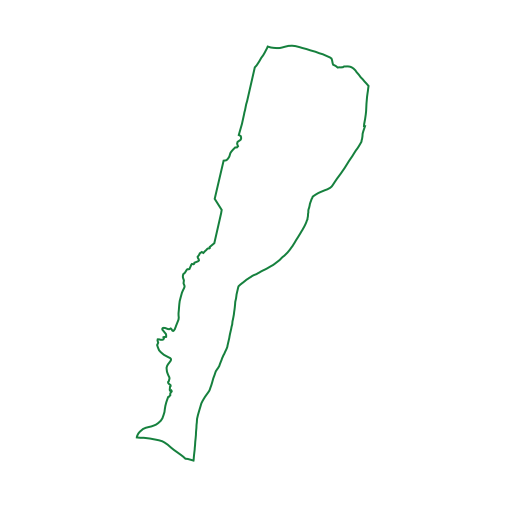 the district of Leuk Daek, Kândal, Cambodia, rotated 13°
{"feature_id": "14789045B16500497794809", "entity_name": "Leuk Daek", "entity_type": "district", "adm_level": 2, "iso_a3": "KHM", "parent_name": "Cambodia", "parent_adm1": "Kândal", "projection": "albers", "projection_center": [105.189, 11.12], "detail": "fine", "context": "isolated", "style": "outline", "palette": "green", "viewbox_px": 512, "rotation_deg": 13, "n_neighbors": 0, "source": "geoboundaries", "source_scale": "gbopen_adm2", "svg_char_len": 6097}
<svg xmlns="http://www.w3.org/2000/svg" viewBox="0 0 512 512"><g transform="rotate(13 256 256)"><path d="M220.3,49.3L220.0,51.1L219.5,52.9L218.7,56.0L217.8,58.9L216.6,61.6L215.4,65.6L214.3,68.6L213.7,70.2L212.4,72.5L212.5,107.2L212.3,110.3L212.4,113.4L212.5,116.4L212.4,118.6L212.5,120.9L212.6,130.4L212.0,142.0L214.0,142.5L214.7,143.5L215.1,145.1L214.8,146.3L214.1,147.1L212.4,148.9L212.3,150.6L212.8,151.7L213.8,153.1L213.0,154.5L211.3,154.9L209.7,157.5L208.5,159.8L207.9,161.4L207.8,162.5L207.7,164.5L207.5,165.6L206.9,167.2L206.2,168.6L205.2,169.6L203.5,170.2L203.0,170.4L202.9,209.6L212.2,218.8L212.4,222.2L212.5,252.9L208.9,257.6L209.2,258.6L208.8,259.1L207.6,259.4L206.8,260.2L206.2,261.4L205.3,262.6L204.5,264.0L204.0,264.9L202.3,264.3L200.6,266.1L200.4,267.5L199.7,269.1L199.3,270.0L200.0,271.2L200.8,271.9L201.4,273.1L201.0,273.9L199.6,275.0L197.5,276.4L197.5,277.5L197.0,278.1L195.3,278.2L194.9,279.1L194.6,281.0L194.3,282.3L194.1,283.6L193.4,284.1L192.4,284.2L191.7,284.8L191.0,286.8L190.5,288.3L189.2,290.1L189.2,291.5L189.4,292.7L189.7,293.5L190.5,294.8L191.2,295.9L191.4,297.5L191.5,298.7L191.7,299.2L192.5,300.3L193.1,301.3L193.3,302.1L193.1,303.7L192.6,305.7L192.1,308.4L192.0,310.7L191.9,313.3L191.8,317.1L192.1,320.1L192.5,322.9L193.0,326.2L193.4,329.3L193.9,331.3L194.6,333.4L194.8,335.4L194.5,337.5L194.2,339.5L193.8,342.0L193.7,343.2L193.5,344.2L193.4,345.4L192.7,347.1L192.1,347.7L191.3,347.5L190.8,347.0L190.1,346.3L189.2,345.8L188.5,346.4L187.8,346.9L186.4,347.0L185.2,346.8L183.6,346.6L182.2,346.8L181.5,347.1L181.1,347.7L181.3,348.8L183.0,350.1L184.0,350.9L185.7,352.2L186.1,352.9L186.5,354.2L186.6,355.0L185.5,355.4L184.6,355.6L184.1,356.0L184.8,356.9L184.5,358.1L183.4,358.8L181.8,359.1L180.2,359.0L179.0,359.3L179.0,360.3L179.5,361.3L180.2,362.5L179.9,364.1L179.7,365.0L180.7,366.7L181.5,367.9L182.8,369.7L184.8,371.1L186.7,372.1L188.5,373.0L191.4,373.8L193.3,374.3L195.4,374.8L196.2,375.4L196.5,376.1L196.5,376.8L196.4,377.3L195.5,379.4L194.6,381.4L194.1,383.1L194.0,385.1L194.7,387.2L195.3,388.8L196.3,390.4L197.5,392.1L198.9,393.8L199.3,395.0L199.2,396.4L199.2,397.5L198.7,398.5L198.9,399.3L199.8,400.1L200.6,400.5L201.6,400.9L202.1,401.8L201.6,402.8L201.8,403.8L202.0,405.5L202.4,406.5L202.9,406.7L203.7,406.0L204.3,406.7L204.2,407.3L203.6,408.4L203.4,409.2L203.6,410.3L203.8,411.0L203.3,411.6L203.1,412.5L202.1,413.2L202.0,414.1L201.7,416.7L201.5,418.7L201.4,422.4L201.6,425.6L201.9,428.6L201.7,431.7L201.3,435.2L200.3,437.9L198.3,440.8L196.5,442.8L194.7,444.1L192.4,445.6L189.7,446.9L187.2,448.2L184.8,450.0L183.7,451.5L182.3,453.4L181.3,455.4L180.8,457.4L180.6,458.6L180.7,459.6L182.3,459.4L184.5,459.1L187.4,458.4L190.1,458.1L193.9,457.7L197.0,457.6L199.4,457.5L203.0,457.4L206.3,457.6L208.8,458.3L212.4,459.7L216.3,461.8L219.6,463.4L223.5,465.0L227.8,466.8L230.4,468.0L232.8,469.4L235.2,469.1L239.5,469.3L241.1,469.4L241.1,468.7L240.8,466.8L240.4,463.9L240.1,461.3L239.8,458.5L239.5,456.7L239.2,454.3L238.6,450.7L238.2,447.4L237.7,443.8L237.2,441.3L236.9,439.2L236.6,436.9L236.2,434.8L236.0,433.6L235.8,431.6L235.4,429.2L235.2,427.8L235.2,425.7L235.2,424.1L235.3,422.1L235.5,418.5L235.7,415.4L235.9,411.9L236.5,409.4L237.2,407.1L238.0,404.7L238.9,402.5L240.0,399.9L240.7,398.1L241.0,396.8L241.2,394.6L241.5,392.2L241.7,389.4L241.9,384.8L242.4,381.1L242.6,378.8L242.8,377.2L243.1,376.6L243.4,375.6L243.8,374.7L244.0,374.2L244.3,373.5L244.6,372.5L244.9,371.7L245.0,370.8L245.2,368.9L245.4,367.7L245.6,366.3L245.8,365.2L245.9,364.1L246.1,362.5L246.4,361.4L246.5,360.4L247.0,358.8L247.3,357.3L247.5,356.1L247.8,354.9L248.1,353.5L248.3,352.4L248.5,350.9L248.4,349.8L248.4,348.2L248.4,347.0L248.4,346.0L248.4,344.9L248.4,341.9L248.3,340.5L248.2,338.0L248.2,335.0L248.2,332.7L248.1,330.4L248.2,328.1L247.8,325.0L247.8,322.9L247.7,320.3L247.6,318.1L247.3,315.4L247.1,312.9L246.9,311.0L246.5,307.9L246.1,305.3L246.1,302.0L245.9,299.7L245.7,297.8L245.7,295.8L245.7,294.1L245.7,292.0L245.7,290.2L245.9,289.2L246.7,288.1L247.2,287.3L247.9,286.5L248.9,285.2L249.5,284.6L250.6,283.1L251.0,282.7L251.4,282.1L252.1,281.2L252.8,280.5L253.5,279.8L254.2,279.0L255.0,278.2L255.6,277.7L256.3,276.8L257.1,276.1L257.8,275.4L258.7,274.8L259.7,274.1L260.5,273.6L261.5,272.6L263.0,271.3L264.3,270.0L266.2,268.4L267.5,267.4L269.3,265.9L271.1,264.2L272.8,262.6L274.6,261.0L276.0,259.4L277.3,257.8L278.8,256.0L280.0,254.5L281.6,251.8L282.3,250.8L283.5,249.4L284.2,248.3L285.2,246.7L285.9,245.6L286.6,244.2L287.3,242.8L288.0,241.2L288.6,239.7L289.3,238.2L289.9,236.4L290.4,235.0L290.7,234.1L291.1,232.8L291.5,231.5L292.0,230.1L292.4,229.0L293.0,227.3L293.3,226.3L293.8,224.9L294.3,223.3L294.7,222.0L295.4,220.0L295.8,218.5L296.1,217.6L296.4,216.5L296.7,215.3L297.1,213.5L297.4,211.8L297.6,209.9L297.9,208.7L297.7,207.7L297.7,206.5L297.6,205.1L297.4,204.3L297.2,202.9L297.2,201.8L296.8,200.2L296.7,199.0L296.8,197.8L296.9,196.8L296.9,195.6L296.9,194.6L296.8,193.2L296.9,192.1L297.0,191.1L297.2,189.8L297.3,188.3L297.6,187.4L297.9,185.9L297.9,185.4L298.7,184.5L300.0,183.1L300.9,182.2L302.6,180.6L304.7,179.0L308.2,176.5L310.5,175.0L312.9,172.9L314.1,171.3L314.9,169.4L316.0,166.4L317.5,162.5L319.2,158.6L320.2,156.3L321.3,153.5L322.5,150.5L323.6,147.3L324.4,145.0L325.1,142.9L325.9,140.8L327.4,137.0L328.5,133.7L329.6,130.6L330.6,128.4L331.5,125.9L332.2,123.7L333.0,121.1L333.0,120.4L332.9,119.5L333.0,118.1L332.8,115.4L332.4,113.0L332.4,112.3L332.5,110.1L333.0,105.0L332.0,105.1L331.7,102.9L331.5,98.1L331.1,93.4L330.7,90.1L330.0,86.2L329.4,82.9L328.9,79.4L328.4,75.9L328.1,72.7L327.9,70.1L327.6,67.3L327.4,65.0L324.8,63.1L322.4,61.5L320.2,59.8L317.8,58.3L315.5,56.3L312.6,54.2L311.1,52.8L308.8,51.4L306.6,50.6L304.9,50.4L302.8,50.6L300.9,51.1L299.2,51.5L298.1,52.6L297.3,52.7L296.8,53.0L295.9,53.2L294.7,53.4L293.2,54.0L292.4,53.6L291.4,53.1L289.8,52.6L288.2,52.3L287.5,51.3L286.9,50.0L286.0,48.0L285.1,46.6L283.4,45.9L280.3,45.3L275.7,44.4L272.1,44.2L267.9,43.6L262.9,43.4L258.6,43.0L254.3,42.9L251.6,42.7L247.3,42.6L243.8,43.0L240.3,44.0L237.1,45.6L234.5,47.0L232.4,48.0L229.7,48.7L226.5,49.2L223.6,49.5L221.8,49.4L220.3,49.3Z" fill="none" stroke="#15803d" stroke-width="2"/></g></svg>